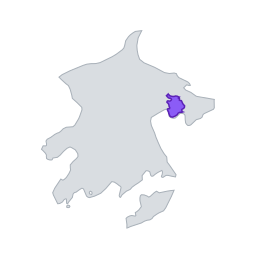 location of Jalilabad District, Cəlilabad, Azerbaijan, rotated 282°
{"feature_id": "54616110B78302808254353", "entity_name": "Jalilabad District", "entity_type": "district", "adm_level": 2, "iso_a3": "AZE", "parent_name": "Azerbaijan", "parent_adm1": "Cəlilabad", "projection": "equal_earth", "projection_center": [48.474, 39.245], "detail": "fine", "context": "in_parent", "style": "filled", "palette": "violet", "viewbox_px": 256, "rotation_deg": 282, "n_neighbors": 0, "source": "geoboundaries", "source_scale": "gbopen_adm2", "svg_char_len": 4757}
<svg xmlns="http://www.w3.org/2000/svg" viewBox="0 0 256 256"><g transform="rotate(282 128 128)"><path d="M173.9,206.5L172.9,206.5L165.7,208.2L164.1,207.7L157.9,199.5L156.7,198.6L154.0,198.2L152.4,196.9L151.2,194.7L150.4,193.1L144.0,188.7L143.1,187.1L143.0,185.7L143.9,184.4L145.0,183.3L148.1,182.2L151.8,181.3L152.9,180.6L153.5,179.4L153.5,177.5L152.9,175.7L147.7,172.3L147.1,170.9L146.9,169.1L147.2,167.3L148.1,165.8L152.3,163.8L154.6,161.8L153.2,159.5L148.6,154.3L143.2,148.6L139.5,148.6L135.3,150.3L128.6,155.1L124.9,157.2L120.0,160.6L114.7,164.5L110.4,168.6L107.7,171.9L102.8,173.4L100.4,176.2L92.3,184.7L90.0,184.6L89.9,180.4L90.0,177.1L89.6,175.1L87.0,172.5L86.9,171.4L87.7,170.7L89.7,171.1L92.2,170.9L93.5,169.9L90.7,166.4L88.3,164.1L86.3,162.6L85.8,161.6L85.8,161.0L86.3,160.2L89.8,158.3L90.2,156.5L90.0,154.6L84.4,151.7L80.2,152.8L76.4,149.5L74.0,147.0L71.1,144.4L68.4,142.9L65.8,139.5L61.4,136.1L58.6,135.1L58.6,134.6L59.1,133.9L60.3,133.4L68.3,133.6L69.3,132.9L69.8,131.4L70.9,129.3L72.2,126.0L72.2,123.3L64.2,118.9L58.5,114.9L54.5,109.6L51.9,104.8L52.0,103.2L52.8,101.6L59.1,97.2L59.5,96.0L59.4,95.2L57.2,93.0L54.5,90.6L53.6,88.9L51.9,88.0L48.5,88.0L42.8,85.1L41.5,84.8L41.3,84.2L41.6,83.6L45.7,82.5L45.7,81.5L44.5,80.3L42.1,79.3L40.0,77.0L39.3,75.0L46.9,69.0L49.1,67.8L54.0,68.9L64.1,72.9L63.4,75.1L64.4,76.3L66.8,78.0L71.2,79.7L75.0,80.6L76.9,79.9L79.9,79.2L83.7,81.2L87.1,83.7L88.9,84.7L89.8,85.0L92.5,84.2L95.7,81.0L97.0,77.1L97.4,75.2L95.5,72.6L91.7,69.8L87.4,67.3L84.7,65.1L83.0,60.8L81.2,60.4L80.8,59.8L80.5,58.4L80.6,56.3L81.2,54.7L83.0,54.1L84.7,53.8L86.3,52.3L88.3,49.4L89.2,47.8L92.9,48.7L93.4,51.3L94.1,51.9L95.6,51.6L98.2,50.5L100.2,51.3L102.8,54.4L106.5,57.7L108.4,60.0L109.2,61.5L111.0,63.0L113.8,64.8L115.9,67.5L117.8,73.9L119.8,75.4L126.8,77.8L129.3,78.3L136.2,79.2L138.6,78.5L142.2,73.0L145.4,67.4L148.4,66.2L153.8,63.4L157.1,60.9L158.4,58.1L161.5,52.8L163.4,49.9L166.5,52.5L172.1,59.6L180.0,71.2L181.9,74.5L183.2,78.3L184.3,83.0L186.1,87.0L194.2,97.4L197.7,101.2L203.4,106.2L205.4,107.3L208.0,107.6L212.9,107.6L217.4,109.5L219.6,110.9L221.9,112.9L224.0,115.1L226.1,121.2L218.3,119.2L210.5,119.5L206.0,120.8L201.7,122.6L197.6,125.1L195.1,130.1L192.9,141.4L189.8,152.1L189.9,157.1L191.4,161.8L191.2,164.1L189.7,165.0L187.9,167.1L185.5,176.9L184.3,178.9L182.7,180.1L182.3,178.9L182.4,176.4L178.9,174.1L177.1,176.6L175.9,182.1L173.4,187.8L173.2,188.9L173.9,206.5ZM58.0,105.8L58.4,104.3L57.4,103.6L56.4,103.6L55.5,104.3L55.4,106.2L56.7,106.5L58.0,105.8ZM31.6,150.2L30.4,148.6L29.9,147.7L33.4,147.0L39.2,144.9L40.7,145.9L42.4,148.1L43.2,149.9L43.3,153.3L44.0,153.9L46.8,152.7L48.1,154.1L50.2,155.7L53.9,157.4L59.4,154.8L62.1,154.2L64.3,154.2L65.5,155.0L65.9,157.7L65.4,161.0L64.7,162.7L65.9,164.1L70.3,167.2L72.1,169.0L71.1,172.0L74.4,179.5L75.5,182.4L76.7,186.0L69.9,184.6L57.8,181.5L54.4,180.0L51.3,175.8L49.4,173.8L46.7,171.3L44.4,170.3L42.7,168.5L41.7,165.8L40.3,163.5L37.8,160.7L32.3,151.2L31.6,150.2ZM39.9,87.0L39.1,87.5L38.0,87.0L37.6,85.8L37.7,84.6L38.9,84.3L39.8,84.7L40.1,85.8L39.9,87.0Z" fill="#d9dde1" stroke="#a8b0b8" stroke-width="1"/><path d="M169.3,160.0L169.0,159.7L168.6,159.6L168.2,159.4L167.9,159.1L167.6,158.9L167.3,159.3L166.8,159.8L166.5,160.3L166.4,160.7L166.0,161.0L165.8,161.5L165.8,162.0L165.7,162.8L165.9,163.5L165.5,164.1L165.1,164.6L164.1,164.4L163.6,164.0L163.2,163.6L163.0,163.3L162.9,162.6L162.9,161.9L162.7,161.0L162.2,160.7L161.6,160.7L161.3,160.7L161.0,161.1L160.6,161.7L160.4,162.2L159.5,162.9L159.0,163.2L158.3,163.5L157.7,163.7L157.2,164.1L156.6,164.6L155.6,164.6L155.4,164.1L155.3,163.3L155.0,162.9L154.5,162.7L153.8,163.0L153.1,163.5L152.6,163.9L151.9,164.5L151.2,164.7L150.7,164.9L150.0,165.5L149.2,165.9L148.7,166.3L148.3,166.6L148.0,167.3L147.8,167.9L147.9,168.5L147.9,169.1L148.0,169.6L148.2,169.9L148.6,170.3L148.9,170.8L149.1,171.2L149.4,171.6L150.0,172.1L150.4,172.5L150.6,172.8L151.0,173.2L151.3,173.4L151.5,173.5L151.9,173.6L152.3,173.7L153.0,174.0L153.3,174.3L153.5,174.6L153.7,174.9L154.0,175.3L154.1,175.5L154.2,175.9L154.4,176.2L154.4,176.7L154.6,177.5L154.9,177.8L155.1,178.2L155.2,177.5L155.4,177.3L156.1,177.2L156.6,176.9L156.9,176.7L157.5,176.9L158.0,177.5L158.4,178.0L158.7,178.3L159.2,178.6L159.6,178.8L159.8,178.9L160.6,178.8L161.4,178.8L161.8,178.4L162.1,177.8L162.6,177.3L162.9,176.8L163.5,176.3L164.1,175.8L164.9,175.3L165.3,175.0L165.8,174.5L165.9,174.1L165.7,173.6L165.8,172.9L166.0,172.4L166.5,172.4L167.3,172.3L167.5,172.2L167.5,171.8L167.8,171.1L168.5,171.6L168.9,171.8L168.9,171.6L169.0,170.9L169.1,170.4L169.3,169.8L169.3,169.1L169.2,168.3L169.1,167.6L168.6,167.0L168.5,166.4L168.2,165.7L168.1,164.4L168.1,163.6L168.2,162.7L168.3,162.0L168.6,161.7L169.0,161.2L169.1,160.5L169.2,160.0L169.3,160.0Z" fill="#8b5cf6" stroke="#5b21b6" stroke-width="1.5"/></g></svg>